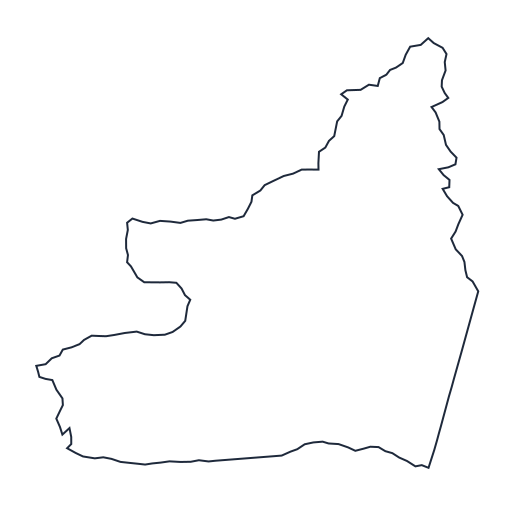 outline of Contenda, Paraná, Brazil, rotated 269°
{"feature_id": "56859067B27721261904697", "entity_name": "Contenda", "entity_type": "district", "adm_level": 2, "iso_a3": "BRA", "parent_name": "Brazil", "parent_adm1": "Paraná", "projection": "mercator", "projection_center": [-49.513, -25.7], "detail": "fine", "context": "isolated", "style": "outline", "palette": "slate", "viewbox_px": 512, "rotation_deg": 269, "n_neighbors": 0, "source": "geoboundaries", "source_scale": "gbopen_adm2", "svg_char_len": 2331}
<svg xmlns="http://www.w3.org/2000/svg" viewBox="0 0 512 512"><g transform="rotate(269 256 256)"><path d="M96.9,53.5L88.5,57.0L80.8,59.3L87.2,66.5L78.3,68.1L71.2,68.0L67.1,63.8L62.2,72.3L58.6,79.5L56.5,91.3L57.4,99.8L55.7,107.9L52.5,116.9L51.4,125.6L50.2,135.4L49.4,141.5L50.4,148.6L51.1,157.1L52.2,165.9L51.4,176.9L51.4,187.2L52.8,195.3L51.4,205.0L52.0,211.8L56.0,278.2L59.8,287.1L62.1,293.9L66.9,301.4L68.6,310.1L69.2,319.4L67.3,325.3L66.5,335.3L63.0,344.8L59.5,351.9L61.5,360.3L63.3,367.0L62.8,375.2L58.6,381.9L56.5,388.9L52.0,395.6L48.4,403.4L42.9,411.7L44.0,418.1L41.2,424.8L59.1,430.9L68.6,433.8L75.9,435.9L82.9,438.0L112.4,446.5L121.7,449.4L129.6,451.7L156.2,459.7L164.3,462.1L199.6,472.5L216.8,477.6L226.8,472.1L231.1,466.7L238.2,465.1L246.4,464.3L252.4,462.0L259.2,455.8L270.0,451.4L277.0,456.0L284.3,458.9L293.6,463.3L302.5,459.1L305.7,453.9L312.4,448.1L319.9,443.8L321.4,450.4L328.7,450.8L333.6,445.0L339.6,440.3L341.3,449.8L344.2,457.0L350.8,458.2L357.0,452.4L363.8,447.9L373.7,445.8L379.7,441.7L387.1,441.7L396.4,438.1L401.9,434.1L406.7,445.2L410.7,451.0L415.7,447.5L422.1,444.6L428.5,445.0L438.2,448.8L446.6,448.1L454.6,450.0L460.9,446.2L465.8,437.4L470.8,432.0L464.2,424.4L462.6,413.8L454.6,409.2L446.4,406.1L441.9,399.2L439.7,393.3L435.0,389.5L431.7,382.9L423.9,380.7L425.3,371.9L420.3,363.5L420.1,349.8L416.2,344.0L410.8,350.5L403.9,346.9L394.6,344.0L389.2,339.5L374.5,336.3L369.9,331.0L363.2,327.2L359.1,320.8L347.7,320.0L341.3,320.0L341.5,311.1L341.6,303.2L337.7,294.5L335.5,285.1L330.5,274.1L326.7,265.9L321.4,261.5L316.7,253.4L310.3,252.4L303.3,248.7L296.0,244.3L293.6,235.6L295.4,229.6L293.0,221.9L292.2,213.9L293.6,206.9L293.0,198.0L292.5,188.5L290.4,181.0L291.9,171.1L292.8,160.6L290.4,151.3L292.1,143.2L295.6,133.1L291.5,127.7L284.3,128.3L275.3,126.4L266.0,126.3L259.2,128.0L252.0,127.0L247.8,130.8L236.7,137.0L231.7,143.8L231.3,159.7L231.3,168.8L230.6,175.9L224.8,181.0L218.1,184.3L213.4,189.5L207.0,186.6L198.8,185.2L192.4,184.1L186.8,179.2L181.5,171.3L178.9,163.5L178.6,152.5L179.7,143.6L182.5,135.4L181.3,123.4L179.5,112.8L178.4,104.6L178.7,98.5L179.2,90.3L175.1,82.6L171.0,78.1L167.9,70.0L165.8,61.2L159.9,57.8L157.3,50.0L151.5,43.8L150.0,34.4L144.1,36.1L138.9,37.3L136.8,43.4L135.5,50.2L125.8,54.1L117.0,60.0L110.3,60.3L105.1,57.6L96.9,53.5Z" fill="none" stroke="#1e293b" stroke-width="2"/></g></svg>